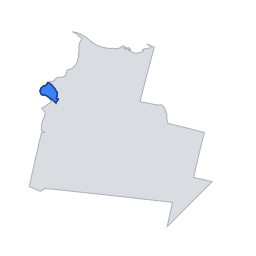 Mauritania, with Guidimaka highlighted, rotated 104°
{"feature_id": "MRT-2790", "entity_name": "Guidimaka", "entity_type": "Region", "adm_level": 1, "iso_a3": "MRT", "parent_name": "Mauritania", "parent_adm1": "", "projection": "albers", "projection_center": [-12.01, 15.395], "detail": "fine", "context": "in_parent", "style": "filled", "palette": "blue", "viewbox_px": 256, "rotation_deg": 104, "n_neighbors": 0, "source": "natural_earth", "source_scale": "10m", "svg_char_len": 4724}
<svg xmlns="http://www.w3.org/2000/svg" viewBox="0 0 256 256"><g transform="rotate(104 128 128)"><path d="M109.9,221.5L109.6,221.4L108.0,220.3L107.3,219.0L106.0,218.0L104.3,217.3L103.2,216.6L102.7,215.8L102.1,215.2L101.4,214.9L101.4,214.6L101.5,214.2L101.4,213.4L100.4,211.7L99.5,210.9L98.7,211.0L98.2,210.8L98.0,210.5L97.9,209.9L97.3,209.4L96.4,209.2L95.6,207.9L95.1,205.6L94.4,203.8L93.5,202.5L92.8,202.0L92.3,201.9L92.2,201.7L92.1,201.3L91.3,201.2L90.4,201.6L89.5,201.4L89.0,200.8L88.4,200.7L87.6,201.2L86.8,201.1L85.9,200.3L85.4,199.4L85.3,198.6L83.7,197.0L80.6,194.5L77.2,193.3L73.5,193.4L71.5,193.3L71.0,192.9L70.6,192.9L70.1,193.3L69.6,193.4L69.1,193.2L68.8,193.4L68.6,194.0L67.3,194.3L64.9,194.2L62.9,194.6L61.4,195.3L59.2,195.6L56.5,195.5L54.8,195.2L54.2,194.7L53.4,194.6L52.4,194.8L51.4,196.0L50.6,198.2L49.9,199.4L49.4,199.7L48.8,201.3L48.4,204.0L47.9,205.2L48.0,198.4L48.8,195.9L49.2,193.7L50.9,188.8L53.0,184.8L55.0,179.5L55.8,174.3L55.7,169.2L55.2,164.7L54.3,161.7L53.5,157.4L52.2,155.1L49.8,153.0L49.3,151.9L49.9,151.4L51.4,151.2L52.3,149.6L50.3,150.2L52.7,145.5L53.5,142.3L53.4,140.2L53.9,138.9L52.2,136.0L50.9,132.4L50.2,131.8L49.5,131.5L49.4,132.3L49.0,133.1L48.1,132.6L46.7,130.0L44.7,125.7L44.0,125.3L43.3,125.8L42.9,126.4L42.1,129.9L42.0,128.5L42.3,126.8L42.9,124.8L43.5,122.0L45.3,122.1L48.6,122.1L55.1,122.3L58.4,122.3L64.9,122.4L68.1,122.5L74.6,122.5L77.9,122.6L84.4,122.6L87.7,122.7L94.2,122.7L97.4,122.7L99.6,122.7L99.5,120.7L99.4,119.1L99.2,117.0L99.1,114.9L99.0,112.8L98.9,110.8L98.8,108.8L98.6,106.9L98.5,105.2L98.4,104.2L97.7,102.3L97.5,101.4L97.7,100.3L98.2,99.4L99.5,97.6L101.4,96.3L103.6,94.8L105.3,93.6L106.1,93.3L108.8,92.9L110.8,92.0L112.8,91.1L113.7,90.7L113.8,89.0L113.8,52.9L123.6,52.9L126.2,52.9L144.3,52.7L146.9,52.7L160.0,52.5L160.0,50.8L160.0,48.4L159.9,45.1L159.8,41.7L159.8,35.8L159.7,33.4L162.3,35.0L167.6,38.2L170.2,39.7L175.5,42.9L180.7,46.1L186.0,49.3L188.7,50.8L191.3,52.4L194.0,54.0L196.6,55.6L201.9,58.7L204.2,60.0L207.6,62.2L210.8,64.1L214.0,66.1L209.2,66.3L202.6,66.5L198.2,66.6L193.6,66.7L189.4,66.9L189.8,70.3L190.3,74.0L190.8,77.7L191.3,81.4L191.8,85.1L193.3,96.3L193.8,100.0L194.3,103.7L194.8,107.4L195.3,111.2L196.3,118.6L196.8,122.4L197.3,126.1L197.8,129.8L198.3,133.6L198.8,137.3L199.8,144.8L200.4,148.6L200.9,152.3L201.4,156.1L201.9,159.8L202.4,163.6L202.9,167.3L203.5,171.1L204.5,178.6L205.0,182.3L205.5,186.1L206.1,189.8L206.6,193.5L208.4,195.3L210.6,197.7L210.1,201.1L209.4,205.2L208.7,209.7L202.7,209.8L196.7,210.0L181.8,210.4L178.9,210.4L164.0,210.7L161.0,210.7L155.2,210.8L153.5,210.7L152.9,210.4L152.7,208.1L152.2,208.3L151.6,208.9L151.3,209.7L151.4,210.6L151.3,211.4L149.4,211.8L146.8,212.4L144.1,212.8L141.3,212.7L140.4,212.5L139.4,212.2L137.2,211.9L136.0,211.9L134.7,211.9L133.0,212.1L132.5,212.6L131.3,214.3L130.2,216.3L129.4,216.3L128.5,215.2L126.1,213.1L123.3,210.5L122.0,209.1L121.3,208.9L119.9,209.9L118.7,210.8L117.5,212.2L116.9,213.4L116.5,214.9L116.3,216.6L115.9,218.7L114.9,220.3L113.7,221.6L112.8,222.1L112.5,222.5L109.9,221.5ZM51.4,146.7L50.5,148.1L50.1,147.6L49.9,146.6L50.8,145.2L51.2,144.5L51.9,144.3L51.4,146.7Z" fill="#d9dde1" stroke="#a8b0b8" stroke-width="1"/><path d="M103.9,217.2L103.5,217.0L103.1,216.6L103.7,214.5L104.1,213.5L105.4,211.4L106.2,210.4L106.5,210.2L106.8,210.0L106.9,209.4L107.2,208.6L109.7,206.4L110.0,205.9L110.2,205.5L110.5,205.3L111.2,205.1L111.9,205.2L112.9,204.7L113.9,204.4L114.4,204.4L114.7,204.8L114.9,204.9L115.3,204.8L115.7,204.8L116.1,204.8L116.4,204.8L116.4,204.6L116.5,204.3L116.9,204.1L117.0,203.9L116.8,203.5L116.7,203.2L116.6,202.8L116.7,202.6L116.9,202.7L117.1,202.9L117.8,202.8L118.0,202.9L118.3,203.0L118.5,202.9L118.7,203.0L119.7,203.7L121.3,203.9L121.0,204.3L120.7,204.5L120.4,204.9L120.4,205.1L120.5,205.2L120.3,205.6L120.0,205.8L119.9,206.0L119.8,206.6L119.6,207.0L119.1,207.6L118.9,208.3L118.8,209.1L118.5,209.8L118.4,210.5L118.0,210.4L118.0,210.9L118.0,211.1L117.6,211.5L117.4,212.0L117.2,213.1L116.7,214.1L116.6,214.4L116.5,215.1L116.3,215.9L116.2,216.2L116.2,216.4L116.3,216.6L116.1,217.3L116.1,217.8L116.2,218.0L116.3,217.9L116.6,218.0L116.8,218.4L116.7,218.7L116.6,218.9L116.6,219.2L116.5,219.7L116.5,219.8L116.6,220.0L116.4,220.2L116.3,220.3L116.2,220.5L116.0,220.8L115.8,221.0L115.5,221.2L114.9,221.3L114.7,221.5L114.4,221.9L114.1,222.1L113.8,222.2L113.5,222.2L113.3,222.1L113.2,222.2L113.1,222.5L112.8,222.5L112.2,222.0L112.0,221.9L111.7,221.9L111.0,222.2L110.7,222.2L110.4,222.1L110.1,222.0L109.3,221.4L108.4,220.9L108.1,220.7L107.6,220.1L107.4,220.0L107.4,219.8L107.1,218.6L106.9,218.3L106.7,218.3L106.4,218.2L106.2,218.1L106.0,217.9L105.2,217.4L105.0,217.2L104.9,217.0L104.7,217.0L104.1,217.2L103.9,217.2L103.9,217.2Z" fill="#3b82f6" stroke="#1e3a8a" stroke-width="1.5"/></g></svg>